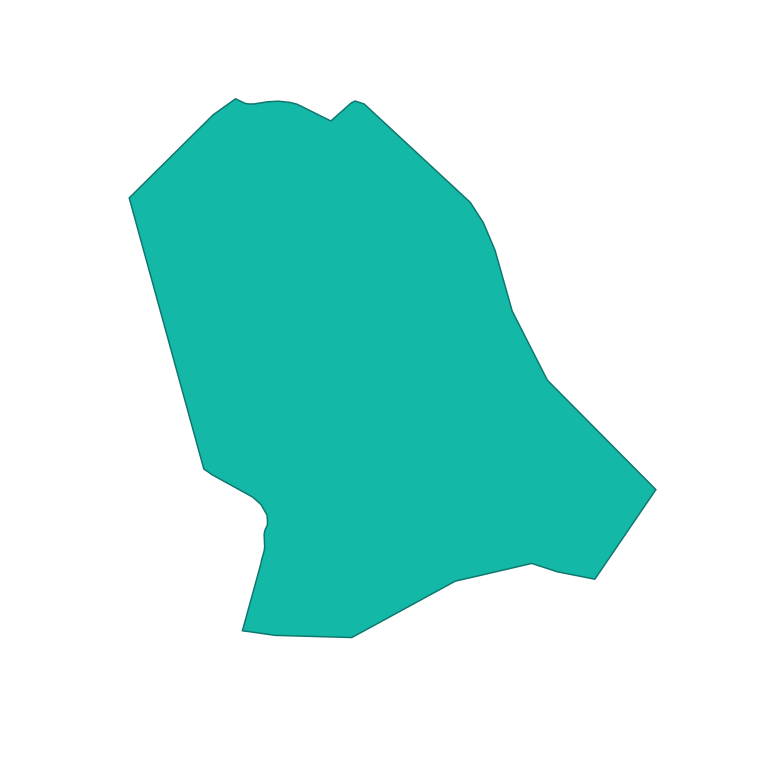 the border of Saint George, rotated 282°
{"feature_id": "DMA-1434", "entity_name": "Saint George", "entity_type": "Parish", "adm_level": 1, "iso_a3": "DMA", "parent_name": "Dominica", "parent_adm1": "", "projection": "mercator", "projection_center": [-61.35, 15.3], "detail": "fine", "context": "isolated", "style": "filled", "palette": "teal", "viewbox_px": 768, "rotation_deg": 282, "n_neighbors": 0, "source": "natural_earth", "source_scale": "10m", "svg_char_len": 710}
<svg xmlns="http://www.w3.org/2000/svg" viewBox="0 0 768 768"><g transform="rotate(282 384 384)"><path d="M236.9,630.8L236.3,592.7L239.2,565.8L205.9,494.6L129.3,405.2L115.5,329.8L113.2,296.8L183.7,301.0L185.6,300.8L196.4,301.5L200.0,301.1L211.6,298.1L214.7,297.9L217.3,298.1L220.0,298.9L222.5,299.2L226.7,298.2L231.4,296.9L240.3,289.0L246.0,279.2L259.4,235.0L260.5,232.4L261.5,230.1L263.3,225.5L513.0,96.1L611.9,161.0L632.1,179.5L629.6,189.9L629.9,194.2L631.0,198.9L635.9,211.6L638.7,222.0L639.9,234.0L639.6,240.8L630.2,277.3L652.0,293.4L654.8,296.9L653.8,306.3L579.5,430.7L562.2,447.8L537.9,464.8L481.9,494.3L421.7,543.0L337.2,671.9L236.9,630.8Z" fill="#14b8a6" stroke="#0f766e" stroke-width="1.5"/></g></svg>